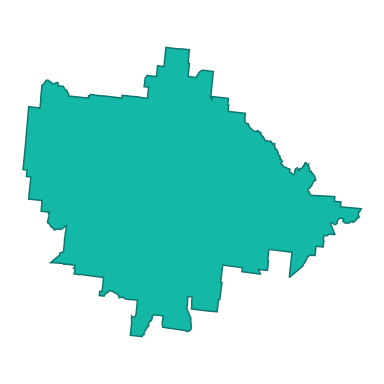 Blackall Tambo, Queensland, Australia
{"feature_id": "25037944B98295779161883", "entity_name": "Blackall Tambo", "entity_type": "district", "adm_level": 2, "iso_a3": "AUS", "parent_name": "Australia", "parent_adm1": "Queensland", "projection": "robinson", "projection_center": [145.993, -24.783], "detail": "fine", "context": "isolated", "style": "filled", "palette": "teal", "viewbox_px": 384, "rotation_deg": 0, "n_neighbors": 0, "source": "geoboundaries", "source_scale": "gbopen_adm2", "svg_char_len": 5912}
<svg xmlns="http://www.w3.org/2000/svg" viewBox="0 0 384 384"><path d="M46.6,80.2L45.2,81.5L44.1,83.7L41.8,85.4L41.8,86.9L40.6,99.6L41.2,100.8L40.7,101.1L40.0,108.2L38.9,108.1L38.9,107.8L28.7,106.7L25.1,148.9L23.0,169.6L27.1,170.1L26.4,176.5L30.9,177.0L28.6,199.1L42.1,200.5L41.1,211.3L49.4,212.2L48.4,213.3L49.1,214.9L49.0,216.3L47.4,221.9L47.6,222.8L49.6,224.2L51.2,227.1L52.5,227.2L53.0,227.8L53.1,228.6L54.3,229.9L55.0,229.8L56.0,229.0L59.8,229.3L62.1,229.0L62.8,228.1L64.1,227.4L65.2,226.4L66.0,226.0L66.4,225.4L66.7,225.4L65.3,233.5L64.8,238.3L64.5,238.5L64.5,239.2L64.7,239.3L64.3,241.8L64.4,243.0L63.4,251.9L62.2,252.1L61.8,252.5L60.4,252.9L59.6,253.5L59.6,255.5L58.5,256.0L50.6,262.6L52.0,262.7L52.3,262.3L53.9,262.8L57.6,263.0L57.9,262.8L58.7,263.1L59.9,263.2L60.2,262.9L60.6,263.3L62.7,263.4L63.9,264.4L64.6,264.3L64.9,263.9L65.2,264.2L67.2,264.4L67.6,264.2L69.0,264.6L69.3,264.2L69.9,264.7L71.4,264.7L71.5,264.9L75.1,265.3L75.1,266.5L74.8,267.1L73.4,268.0L75.0,269.5L75.0,270.8L74.4,272.0L74.5,272.6L74.0,273.8L79.8,274.7L81.0,274.6L81.7,274.2L83.0,274.8L103.6,277.5L102.1,291.6L99.7,291.3L99.3,295.5L104.1,296.1L105.2,293.5L107.8,292.6L109.0,290.7L112.6,291.3L113.3,292.0L117.9,294.4L119.3,297.9L121.6,297.2L123.7,297.5L124.5,298.6L125.3,298.7L126.1,299.2L137.6,300.1L137.5,301.2L137.3,301.4L136.1,314.1L134.8,317.1L132.3,316.9L131.6,316.1L131.6,323.7L130.3,335.3L142.0,336.6L142.9,334.9L144.2,334.5L143.9,334.2L143.9,333.2L144.1,332.7L144.6,332.1L144.7,330.9L146.3,329.3L147.2,327.1L148.4,326.5L148.3,325.7L148.8,325.1L148.7,324.4L148.9,322.4L149.8,321.7L149.7,321.3L149.9,321.0L150.9,320.9L151.5,320.4L152.1,318.0L152.5,317.6L152.2,316.4L152.4,315.9L153.4,315.2L153.5,314.8L163.1,315.9L162.5,321.2L162.2,321.9L162.4,322.2L162.1,324.5L162.6,325.7L162.7,327.2L184.9,330.5L186.2,331.2L188.1,331.5L190.5,330.0L191.2,328.6L191.1,324.0L190.5,319.2L191.0,318.8L186.8,308.3L187.4,303.6L187.7,298.6L187.3,296.8L192.1,296.8L191.7,301.9L191.7,306.1L191.4,308.9L207.6,311.0L217.1,311.8L218.5,299.4L219.7,299.6L221.6,286.0L221.7,284.4L222.0,282.5L220.7,282.3L222.7,265.1L242.3,267.6L241.9,271.7L260.3,274.1L259.1,270.5L258.5,269.5L266.2,270.4L266.5,270.0L267.4,270.2L268.5,261.1L267.7,259.9L268.7,250.2L270.1,249.5L292.0,252.3L289.3,277.5L289.6,277.0L290.1,276.9L296.9,271.1L303.0,265.8L303.0,265.1L303.7,264.0L304.6,263.0L306.0,260.4L305.9,260.1L306.2,259.9L307.5,257.1L310.0,255.2L315.1,255.5L316.0,246.3L323.1,247.0L323.7,241.7L323.6,241.3L324.0,241.2L323.3,240.2L323.9,235.4L327.0,235.8L329.1,234.0L334.4,234.7L334.9,234.5L330.6,223.7L330.8,223.6L331.2,222.8L331.9,222.7L332.6,223.0L334.1,224.4L335.4,224.6L337.2,223.2L337.4,222.8L337.1,221.7L337.3,221.0L337.9,220.3L338.3,219.4L339.8,218.2L340.3,218.1L342.9,218.8L343.4,219.1L343.4,220.2L342.9,221.5L343.6,221.6L344.4,222.6L346.2,223.2L349.4,222.9L351.3,221.3L352.0,221.3L352.8,222.3L353.4,222.2L355.6,220.6L356.6,219.4L356.8,218.5L357.7,217.9L358.1,218.0L358.6,217.9L359.2,216.8L358.5,215.4L358.4,213.1L358.8,212.2L359.3,212.2L360.7,209.7L360.8,208.9L361.0,208.7L340.5,206.8L340.8,201.8L334.5,201.4L334.8,196.6L310.7,195.3L309.3,192.7L308.9,191.3L308.2,191.1L307.8,190.5L308.0,188.9L309.5,188.3L310.1,187.5L310.4,186.3L311.5,186.1L312.0,185.1L312.0,184.4L312.3,183.6L312.8,183.1L313.0,182.1L314.0,181.3L314.5,180.6L315.3,180.6L315.7,180.3L315.4,178.4L315.0,177.8L314.6,175.9L313.2,174.6L312.8,173.8L311.9,173.4L312.0,172.6L311.6,172.4L311.4,171.7L311.0,172.0L310.4,171.9L310.2,171.6L310.4,171.2L309.9,171.2L309.6,170.7L309.4,170.2L309.6,169.0L309.3,168.2L309.2,167.3L309.0,166.9L308.3,166.4L308.3,165.9L308.5,165.8L308.3,165.1L308.6,164.2L308.2,164.3L308.2,164.8L307.6,164.9L307.2,164.4L306.3,163.7L306.4,163.0L306.0,162.6L305.3,162.8L304.8,163.2L304.8,163.8L304.2,165.2L303.6,165.4L303.7,166.0L303.0,166.5L302.9,167.0L301.9,168.3L299.9,168.6L299.3,170.2L298.6,170.5L297.5,167.8L295.9,168.6L294.9,170.1L294.5,173.2L294.2,174.1L293.4,174.3L292.1,174.1L291.3,173.3L291.2,172.5L289.9,172.2L289.5,171.1L289.9,169.7L289.7,169.1L289.5,168.9L288.2,168.9L287.5,168.6L286.4,167.5L284.6,167.1L283.4,166.4L282.5,165.6L282.6,165.0L282.4,164.7L281.5,164.3L280.5,163.4L280.9,162.7L281.3,162.5L281.7,161.9L282.2,161.9L282.1,160.7L281.2,159.8L281.1,159.5L280.7,159.4L280.6,159.1L280.1,159.1L280.3,158.4L279.8,157.7L279.8,157.3L280.1,157.0L279.8,155.9L278.7,154.9L277.8,153.3L277.9,152.7L278.1,152.5L277.0,149.9L276.4,149.3L276.0,149.5L275.5,149.3L275.3,148.9L275.0,147.8L275.1,147.1L274.8,146.7L274.5,145.0L274.7,143.6L273.4,143.6L273.0,144.1L272.9,143.4L272.1,142.9L271.4,142.8L271.4,141.8L270.1,141.0L269.2,141.8L267.9,141.2L267.4,140.7L267.1,141.0L265.6,140.8L265.6,140.5L264.7,139.9L264.6,139.5L264.0,138.7L264.0,138.0L263.5,137.5L263.1,136.7L262.2,136.6L262.0,136.3L262.0,135.6L261.5,135.2L260.9,134.3L261.0,133.1L260.8,132.6L259.6,132.2L259.5,131.9L259.3,131.8L258.3,131.8L258.4,131.5L258.1,131.4L258.2,130.9L257.8,130.5L256.1,131.6L255.1,131.5L253.9,131.1L252.3,129.9L250.7,128.1L249.7,127.7L248.3,123.9L247.8,123.7L246.6,123.7L246.2,123.3L245.8,122.6L244.8,122.1L244.7,121.6L245.1,119.8L244.8,119.4L245.4,113.3L228.0,111.4L228.7,105.0L227.7,104.9L228.4,98.4L212.0,96.5L211.7,99.6L210.0,96.3L210.8,96.4L213.3,71.5L202.4,70.2L199.7,71.8L198.6,73.3L198.3,74.5L197.5,75.0L196.0,77.5L188.0,76.5L189.5,63.4L188.1,62.9L189.4,49.7L181.6,48.9L177.9,48.9L165.9,47.4L164.0,66.6L157.6,65.7L156.5,76.5L152.5,76.2L147.4,75.4L145.3,77.7L144.1,86.7L148.6,87.1L147.4,98.3L139.3,97.3L139.3,97.0L135.4,96.6L135.4,96.8L122.2,95.3L121.9,98.1L105.5,96.1L97.7,95.5L90.3,94.4L90.1,95.9L88.5,95.8L88.2,98.1L68.6,96.0L68.7,95.6L68.4,93.8L67.9,93.8L67.8,92.4L67.3,91.7L67.0,90.7L66.0,89.8L65.0,89.4L64.6,89.0L64.2,88.5L64.0,87.4L62.9,86.2L62.7,86.5L60.5,86.0L60.0,86.4L58.1,85.5L58.2,84.4L57.9,84.0L58.0,82.8L57.4,82.5L56.1,82.7L55.1,83.4L53.4,83.9L52.7,83.9L52.2,83.6L51.6,82.5L50.9,82.0L49.7,81.2L49.2,81.2L48.1,80.2L46.6,80.2Z" fill="#14b8a6" stroke="#0f766e" stroke-width="1.5"/></svg>